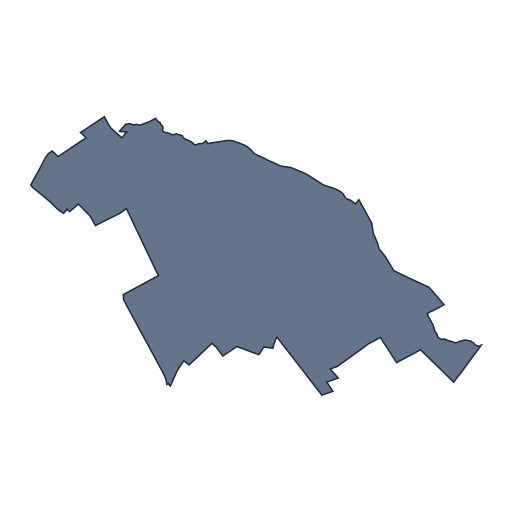 Buzau, Buzau, Romania
{"feature_id": "2599482B14537956390391", "entity_name": "Buzau", "entity_type": "district", "adm_level": 2, "iso_a3": "ROU", "parent_name": "Romania", "parent_adm1": "Buzau", "projection": "mercator", "projection_center": [26.808, 45.138], "detail": "fine", "context": "isolated", "style": "filled", "palette": "slate", "viewbox_px": 512, "rotation_deg": 0, "n_neighbors": 0, "source": "geoboundaries", "source_scale": "gbopen_adm2", "svg_char_len": 5694}
<svg xmlns="http://www.w3.org/2000/svg" viewBox="0 0 512 512"><path d="M222.6,355.8L222.7,356.0L232.7,349.4L233.3,349.0L236.6,346.8L236.8,346.7L237.0,346.6L238.1,347.0L243.3,348.9L245.3,349.7L258.7,354.6L259.2,354.1L259.5,354.0L261.5,350.4L262.2,349.6L262.6,348.8L263.0,348.2L263.6,347.2L265.0,347.3L265.0,347.2L266.3,347.4L269.9,347.8L271.9,348.1L272.0,348.1L272.6,348.1L272.9,348.1L273.1,348.1L273.0,347.3L275.7,339.4L276.2,338.2L276.3,337.9L276.4,337.6L276.7,337.3L277.2,337.3L277.6,337.9L278.8,339.5L285.9,348.7L286.0,348.9L290.9,355.1L291.0,355.2L293.0,357.8L293.2,358.1L294.6,359.9L296.0,361.7L296.7,362.6L297.4,363.5L298.6,365.1L300.6,367.6L302.6,370.1L307.8,377.0L315.0,386.3L322.0,395.3L322.1,395.2L322.3,394.9L332.9,391.3L326.8,382.1L338.3,378.0L330.2,369.0L337.3,366.5L343.9,361.7L351.8,356.0L362.7,348.2L367.9,344.2L380.4,337.5L396.6,362.7L420.5,349.8L432.7,361.7L442.1,370.8L444.5,373.2L449.1,377.7L453.7,382.2L454.5,381.1L455.7,379.4L457.8,376.7L460.4,373.6L461.1,372.5L462.5,370.7L464.7,367.7L469.6,361.0L470.0,360.4L470.8,359.4L471.2,358.8L473.2,356.0L475.2,353.4L476.9,351.1L481.3,345.1L481.0,345.2L480.6,345.6L479.9,345.9L479.2,346.2L478.8,346.3L478.4,346.2L478.1,346.0L477.4,345.8L477.0,345.8L476.6,345.6L475.9,345.3L475.4,345.1L475.1,344.9L474.7,344.4L474.2,343.5L474.0,343.2L473.7,343.0L473.1,342.7L472.2,342.2L471.7,341.8L471.4,341.5L471.3,341.3L471.0,341.2L470.3,341.0L469.2,340.8L468.2,340.6L467.0,340.3L466.2,340.2L465.1,340.0L463.1,340.4L461.6,340.9L460.1,341.3L459.4,341.5L458.7,341.8L458.4,341.9L458.1,342.0L457.1,342.5L456.0,342.9L446.9,340.1L444.4,338.9L442.3,339.4L440.1,338.8L437.7,336.9L436.8,333.7L435.0,331.7L433.0,324.9L429.7,318.8L428.1,316.3L427.4,313.2L432.9,310.7L444.1,304.7L434.0,293.0L429.1,287.4L402.4,274.9L393.8,270.6L385.5,256.8L379.0,248.7L377.8,243.8L373.2,233.0L371.8,223.3L358.9,199.7L358.0,200.8L357.2,201.8L356.7,202.4L356.4,202.7L356.1,203.1L355.8,203.4L355.4,203.9L354.7,203.2L353.8,202.6L352.2,201.5L350.9,200.4L349.9,199.8L348.9,199.7L347.3,199.0L346.6,198.7L345.7,197.9L345.1,197.2L344.7,196.6L343.4,194.3L343.0,193.7L342.3,193.1L340.4,191.7L339.3,190.9L336.8,189.6L335.4,189.0L334.0,188.4L323.9,185.1L323.0,184.7L320.1,182.8L307.7,174.9L305.0,173.4L290.9,167.5L280.9,166.1L277.2,164.4L275.1,163.4L267.9,160.2L264.1,158.2L259.8,156.2L257.9,155.5L255.7,154.3L254.8,153.9L254.5,153.6L253.1,152.3L251.7,150.8L250.2,149.1L249.2,148.3L247.7,147.1L245.9,145.9L243.8,144.8L242.1,144.2L238.9,142.8L238.6,142.6L237.9,142.7L237.7,142.7L236.4,142.2L235.3,141.6L232.0,140.7L230.7,140.5L228.0,140.4L224.8,140.8L223.4,141.0L220.9,141.5L213.2,142.6L210.5,143.0L207.8,143.7L206.0,140.8L202.5,143.6L198.6,143.7L196.7,144.6L194.5,144.9L192.7,142.8L190.2,141.2L188.4,140.4L187.3,139.9L185.3,139.2L184.4,138.4L183.5,137.9L183.0,137.3L182.6,136.0L182.0,135.6L180.0,134.9L178.1,134.5L177.3,134.3L176.8,133.9L176.6,133.8L176.1,133.9L174.2,134.5L173.6,134.6L173.1,134.8L172.6,134.7L171.7,134.5L170.7,134.0L169.6,133.6L166.8,132.7L165.5,132.5L163.5,131.7L162.5,130.7L162.4,129.5L163.1,128.1L162.6,126.7L162.4,125.6L161.1,124.8L160.8,124.4L160.5,123.9L160.0,122.7L160.0,122.4L158.8,122.1L158.1,121.6L157.7,121.1L156.4,119.5L155.8,118.3L152.4,120.0L150.7,120.9L149.8,121.6L146.9,122.6L146.6,122.7L141.8,124.5L140.5,125.0L139.6,125.2L139.1,125.1L138.5,124.9L136.8,124.3L134.8,124.6L134.0,124.8L132.8,124.7L131.8,124.3L129.6,123.6L128.5,123.7L127.1,124.3L125.7,124.2L125.5,124.5L124.1,126.1L119.5,131.1L120.9,131.6L122.2,131.7L126.2,132.0L126.6,132.0L126.2,132.4L122.0,137.5L121.7,137.8L116.8,133.4L114.0,130.9L110.9,128.0L108.7,124.8L104.4,116.7L80.5,132.5L86.1,137.7L70.5,148.2L58.1,156.6L52.2,151.0L49.2,153.0L48.2,153.7L45.8,157.1L41.9,164.4L38.7,170.5L35.3,176.6L33.5,179.8L32.8,181.2L31.9,182.9L30.7,185.0L30.8,185.1L31.2,185.7L32.5,187.2L32.6,187.4L32.7,187.5L32.8,187.6L33.5,188.1L34.6,189.0L39.3,192.8L41.4,194.5L41.7,194.7L41.8,194.8L44.9,197.5L49.7,201.5L50.7,202.5L51.6,203.4L53.2,205.0L55.7,207.3L56.1,207.7L56.4,208.0L57.7,209.2L58.1,209.6L58.8,210.1L59.2,210.5L59.4,210.7L59.7,210.8L60.5,211.4L61.4,212.0L61.5,212.1L61.8,212.3L62.3,212.5L62.7,212.7L63.2,213.0L63.7,213.3L65.4,211.4L66.7,210.0L67.1,209.5L67.1,209.3L68.1,210.2L68.6,210.6L69.0,210.9L69.6,211.5L69.7,211.4L70.5,210.8L78.4,204.2L78.5,204.1L84.2,210.1L90.1,216.1L95.2,225.1L95.3,225.2L95.5,225.6L103.4,221.5L105.2,220.6L119.4,213.6L120.3,213.0L126.4,208.6L131.3,218.8L136.1,229.0L140.6,238.4L143.2,243.9L143.3,244.1L152.6,263.6L152.7,263.8L156.7,272.2L156.8,272.2L158.1,274.9L158.2,275.2L158.4,275.6L156.0,276.9L144.0,283.4L125.7,293.3L124.3,294.0L123.1,294.6L123.3,295.2L123.5,295.3L123.7,295.5L123.8,295.7L123.8,295.9L123.6,296.3L123.5,296.6L123.4,296.9L123.4,297.3L123.3,297.9L123.4,298.7L123.5,299.2L123.6,299.7L123.8,300.1L124.0,300.5L124.3,301.1L124.6,301.6L125.0,302.3L127.2,306.6L128.1,308.2L130.8,313.2L133.6,318.4L136.5,323.6L139.8,330.0L141.3,332.6L141.8,333.6L149.6,347.9L152.2,352.8L156.7,361.0L158.4,364.3L161.7,370.3L162.9,372.6L163.6,373.9L164.3,375.3L165.0,377.0L165.5,378.2L165.6,378.6L165.8,379.2L166.1,380.3L166.4,382.0L166.7,383.8L166.7,384.0L166.7,384.4L166.7,384.5L166.8,384.5L167.1,384.3L167.2,384.2L167.4,384.1L167.5,384.0L167.6,383.9L167.8,383.8L168.1,383.6L168.3,383.5L168.6,384.0L168.8,384.5L169.1,384.9L169.4,385.2L169.8,385.7L170.2,386.0L170.3,385.7L170.5,385.8L171.1,384.5L171.8,382.9L172.2,382.0L172.8,380.6L173.8,378.2L176.0,373.5L177.0,371.1L178.2,369.2L179.3,367.4L180.6,365.5L182.7,362.5L182.9,362.1L183.2,361.8L183.9,360.8L188.9,365.0L192.1,362.1L192.9,361.3L195.8,358.7L196.0,358.5L211.9,343.3L214.5,345.8L214.8,346.1L215.2,345.9L219.9,352.1L221.7,354.5L222.3,355.3L222.7,355.7L222.6,355.8Z" fill="#64748b" stroke="#1e293b" stroke-width="1.5"/></svg>